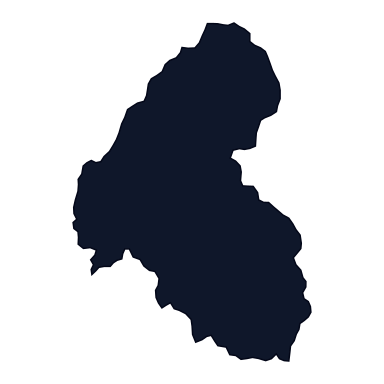 Laranjal, Minas Gerais, Brazil (Robinson projection)
{"feature_id": "56859067B14961603422166", "entity_name": "Laranjal", "entity_type": "district", "adm_level": 2, "iso_a3": "BRA", "parent_name": "Brazil", "parent_adm1": "Minas Gerais", "projection": "robinson", "projection_center": [-42.451, -21.352], "detail": "fine", "context": "isolated", "style": "filled", "palette": "ink", "viewbox_px": 384, "rotation_deg": 0, "n_neighbors": 0, "source": "geoboundaries", "source_scale": "gbopen_adm2", "svg_char_len": 2180}
<svg xmlns="http://www.w3.org/2000/svg" viewBox="0 0 384 384"><path d="M91.9,274.5L95.7,270.9L98.9,267.3L104.1,266.4L110.2,266.4L113.3,262.8L117.0,260.3L121.8,258.9L122.7,253.8L124.8,248.9L129.3,248.9L133.2,257.0L140.1,259.5L143.9,266.0L149.5,270.4L154.9,271.4L159.1,278.5L158.2,285.5L155.6,290.3L156.1,297.5L158.5,303.0L161.9,307.9L166.2,305.1L170.5,302.7L174.2,308.7L179.2,310.3L185.7,313.6L191.2,319.5L192.1,326.1L192.6,334.5L195.7,342.2L202.0,339.7L206.7,336.4L211.2,335.3L214.7,341.0L217.9,345.7L226.2,347.1L229.8,354.7L235.8,355.5L241.0,359.3L246.9,358.5L252.5,357.4L258.4,358.4L265.7,360.6L271.4,358.7L276.3,353.9L279.5,358.7L284.1,360.6L288.8,361.0L289.9,351.7L290.5,346.0L294.2,340.7L296.3,334.1L298.9,329.4L299.9,323.5L304.3,320.4L308.3,316.9L310.9,312.2L310.4,306.5L308.3,301.6L304.0,298.7L302.6,292.7L305.8,287.0L305.9,281.5L302.9,277.7L300.8,270.2L295.9,264.7L293.3,257.7L297.7,252.4L300.8,248.6L301.3,243.3L300.1,235.1L295.9,229.6L292.8,223.9L288.8,218.2L282.9,215.0L278.5,211.2L273.3,206.8L268.6,202.5L263.6,202.4L258.7,199.9L257.6,192.6L253.2,186.4L247.7,186.2L242.7,185.9L240.5,180.7L241.2,172.0L240.1,165.9L235.6,161.1L230.2,158.1L233.0,150.2L239.4,148.6L244.4,149.4L249.8,148.4L255.4,146.1L255.9,138.3L256.3,132.8L258.4,126.9L260.6,120.3L264.5,117.8L270.9,115.2L276.4,111.6L277.5,105.7L280.1,98.8L280.1,90.1L278.9,83.0L275.0,75.7L272.3,70.1L270.2,64.0L267.6,56.9L265.3,51.5L260.6,47.9L254.6,45.3L249.8,41.5L249.8,33.6L244.3,29.0L239.1,26.5L234.0,23.0L228.1,25.4L223.4,24.9L217.8,23.8L212.8,23.6L207.4,23.6L205.0,30.0L202.3,35.8L199.4,42.8L194.9,48.0L188.1,48.3L182.0,47.5L180.5,52.6L176.3,57.8L169.9,60.4L165.2,64.6L162.2,71.7L156.6,75.7L151.4,78.7L148.4,84.0L147.4,90.7L146.6,95.6L144.1,101.3L137.5,103.1L133.1,105.9L127.6,109.5L124.8,117.5L121.7,123.9L119.1,132.9L116.4,139.7L113.1,145.6L109.5,151.5L104.1,156.5L100.8,161.7L95.8,162.7L91.3,160.5L86.9,162.8L83.2,166.0L81.8,174.1L78.2,179.3L78.5,184.5L78.0,191.3L75.4,199.9L73.7,207.4L74.0,213.6L76.8,219.2L73.1,222.5L73.9,228.5L78.0,231.7L78.5,237.4L78.2,244.2L83.4,248.4L90.2,247.6L96.4,250.1L94.9,255.1L90.7,259.8L93.5,264.7L91.2,269.5L91.9,274.5Z" fill="#0f172a" stroke="#020617" stroke-width="1.5"/></svg>